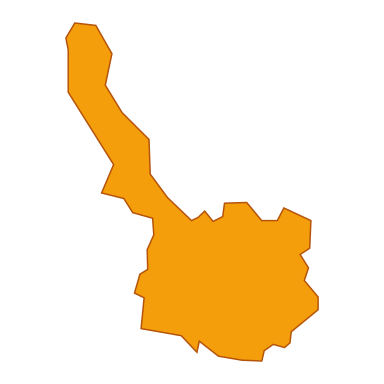 Sarandë, Vlorë, Albania
{"feature_id": "67620474B70468291702657", "entity_name": "Sarandë", "entity_type": "district", "adm_level": 2, "iso_a3": "ALB", "parent_name": "Albania", "parent_adm1": "Vlorë", "projection": "equal_earth", "projection_center": [20.101, 39.891], "detail": "fine", "context": "isolated", "style": "filled", "palette": "amber", "viewbox_px": 384, "rotation_deg": 0, "n_neighbors": 0, "source": "geoboundaries", "source_scale": "gbopen_adm2", "svg_char_len": 744}
<svg xmlns="http://www.w3.org/2000/svg" viewBox="0 0 384 384"><path d="M283.9,208.0L277.3,220.6L261.7,220.6L246.7,202.5L224.5,203.2L222.7,216.6L213.1,221.4L204.7,211.1L198.1,217.4L191.5,220.6L167.6,197.7L150.2,174.1L149.0,139.5L122.1,112.7L105.3,85.2L111.9,53.7L95.8,25.4L74.8,23.0L65.9,38.0L68.2,49.8L68.2,92.2L113.6,164.6L101.6,193.0L123.8,198.5L132.8,212.7L152.6,218.2L153.8,234.8L147.2,249.7L147.7,269.4L139.9,274.2L134.5,293.1L144.1,297.8L141.1,328.6L181.3,335.7L196.9,352.3L199.3,341.2L218.5,356.2L242.0,360.2L261.8,361.0L264.2,350.7L273.2,344.4L284.6,347.5L290.0,342.8L291.2,331.8L318.1,309.7L318.1,297.0L304.3,280.5L308.5,267.9L300.1,254.5L309.7,248.2L310.9,220.6L283.9,208.0Z" fill="#f59e0b" stroke="#b45309" stroke-width="1.5"/></svg>